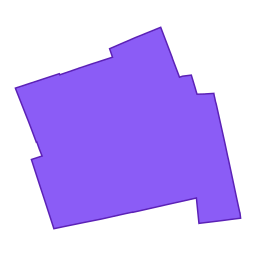 the district of Gemenele, Braila, Romania
{"feature_id": "2599482B65666711084077", "entity_name": "Gemenele", "entity_type": "district", "adm_level": 2, "iso_a3": "ROU", "parent_name": "Romania", "parent_adm1": "Braila", "projection": "mercator", "projection_center": [27.647, 45.284], "detail": "fine", "context": "isolated", "style": "filled", "palette": "violet", "viewbox_px": 256, "rotation_deg": 0, "n_neighbors": 0, "source": "geoboundaries", "source_scale": "gbopen_adm2", "svg_char_len": 980}
<svg xmlns="http://www.w3.org/2000/svg" viewBox="0 0 256 256"><path d="M199.0,223.4L199.3,223.3L208.6,222.2L222.6,220.5L231.6,219.3L240.6,218.2L240.3,215.6L240.0,213.0L239.9,213.0L239.7,212.2L239.0,209.0L236.5,197.5L232.4,178.1L228.3,158.9L227.8,156.9L225.6,146.5L224.9,143.2L222.6,132.8L216.2,104.0L215.5,101.7L214.8,98.2L214.2,95.7L214.0,94.4L213.8,93.7L213.8,93.4L205.7,93.9L204.7,94.0L197.0,94.2L195.9,90.5L195.1,87.7L191.3,75.1L182.5,76.2L179.5,77.2L172.6,59.0L172.2,57.6L160.7,27.3L135.3,37.6L109.6,48.7L112.5,57.2L92.1,63.8L78.5,68.3L78.4,68.4L59.8,74.8L59.3,73.7L31.9,82.7L15.4,88.1L15.6,88.8L19.4,98.4L26.8,117.2L28.4,121.2L30.3,126.2L30.4,126.4L36.3,142.2L36.8,142.0L39.2,148.7L41.9,155.6L42.1,156.0L31.4,159.5L40.4,187.3L44.0,198.2L53.9,228.7L63.4,226.7L84.4,222.4L100.1,219.3L102.0,218.9L104.7,218.3L125.1,213.7L132.7,212.1L132.8,212.3L139.7,210.8L153.3,207.7L166.9,204.6L196.4,198.0L198.9,222.9L199.0,223.4Z" fill="#8b5cf6" stroke="#5b21b6" stroke-width="1.5"/></svg>